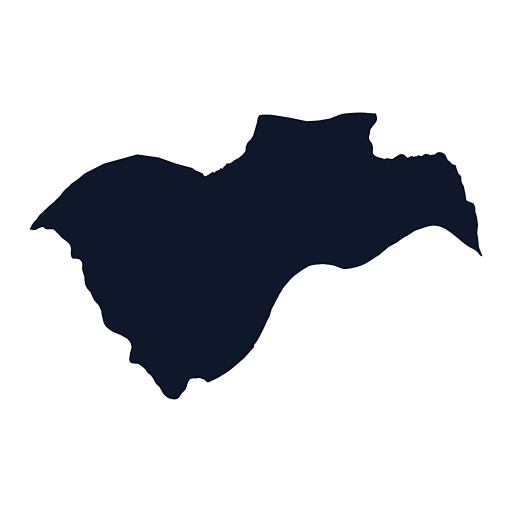 Huoixai, Bokeo, Laos (orthographic projection)
{"feature_id": "54806243B92190499984155", "entity_name": "Huoixai", "entity_type": "district", "adm_level": 2, "iso_a3": "LAO", "parent_name": "Laos", "parent_adm1": "Bokeo", "projection": "orthographic", "projection_center": [100.641, 20.359], "detail": "fine", "context": "isolated", "style": "filled", "palette": "ink", "viewbox_px": 512, "rotation_deg": 0, "n_neighbors": 0, "source": "geoboundaries", "source_scale": "gbopen_adm2", "svg_char_len": 6006}
<svg xmlns="http://www.w3.org/2000/svg" viewBox="0 0 512 512"><path d="M375.4,114.2L370.8,114.0L364.2,113.4L360.1,113.3L356.1,113.4L347.2,114.0L343.3,114.5L340.1,115.3L335.9,117.0L334.0,117.6L330.9,119.0L326.8,119.9L324.0,120.3L322.5,120.6L318.9,121.2L315.0,121.5L311.3,121.7L306.7,122.0L291.0,118.7L276.4,116.3L270.0,115.4L262.6,115.4L259.6,116.0L258.3,118.8L257.5,123.4L253.9,135.8L251.4,139.9L248.4,142.7L247.3,144.8L246.4,147.9L246.2,151.5L243.1,155.3L238.1,159.3L236.9,159.7L234.3,161.2L233.3,162.1L231.3,163.5L229.7,164.1L228.7,164.2L226.9,164.3L226.7,165.2L226.4,165.8L225.2,166.5L224.1,167.6L223.9,168.2L223.4,169.4L222.8,169.7L222.2,169.7L221.8,169.1L221.1,169.1L220.5,169.2L220.3,169.8L219.9,170.5L218.4,171.1L217.3,171.2L216.9,171.7L216.1,172.0L215.6,172.4L215.4,173.3L215.1,173.7L214.4,173.7L213.7,173.3L213.4,173.2L213.1,172.9L212.7,172.7L212.0,173.5L210.6,174.1L209.5,175.1L209.2,175.3L208.3,175.7L207.6,176.0L207.0,176.3L205.9,176.9L205.5,177.1L204.2,176.9L203.4,176.1L202.6,174.9L202.0,174.0L200.7,173.4L199.8,173.0L197.4,172.0L195.3,171.2L191.9,168.7L175.3,164.2L158.5,158.2L137.3,155.2L104.3,164.3L87.4,172.9L84.5,174.5L79.8,178.6L77.0,180.7L72.7,183.6L71.4,184.7L69.0,187.3L66.4,189.4L63.3,192.7L61.3,195.4L60.2,196.9L58.6,198.4L56.7,200.2L53.7,203.2L50.8,205.5L48.9,207.2L47.1,209.0L45.3,210.5L43.7,212.2L40.6,214.9L36.2,220.8L34.2,222.9L33.1,224.5L32.4,225.7L30.7,228.9L31.5,229.1L32.8,229.3L33.9,229.3L35.7,229.1L37.4,228.1L39.0,227.3L41.0,226.5L42.0,226.3L43.0,226.3L43.5,226.4L44.3,226.9L45.8,228.3L46.6,228.5L47.7,228.6L51.2,228.5L53.6,228.7L54.4,228.9L54.7,229.3L55.1,229.9L55.5,230.1L55.9,230.2L56.1,230.7L56.7,231.5L58.7,233.3L59.6,234.3L60.2,234.8L60.8,235.8L61.3,236.3L62.0,236.8L62.7,237.5L64.5,238.9L66.9,240.6L68.2,242.0L69.3,242.8L70.3,244.1L71.1,245.6L71.4,246.9L71.8,248.5L71.8,250.4L71.5,251.8L71.5,253.3L71.8,255.4L72.0,256.4L72.5,257.2L73.0,257.8L73.9,257.9L75.6,257.8L78.3,258.2L79.4,258.6L80.2,259.0L80.7,259.5L81.9,260.9L82.4,261.5L82.9,263.1L83.0,264.5L83.0,266.5L82.8,268.3L83.1,270.2L83.6,272.0L84.3,274.1L85.0,276.1L85.2,278.0L85.2,280.2L85.8,283.6L86.3,285.3L87.6,287.8L89.2,289.8L90.2,290.8L91.3,292.3L91.7,293.5L92.9,295.9L94.3,299.1L95.1,300.3L96.3,301.5L97.1,302.5L98.1,303.5L99.1,304.6L100.0,306.0L100.6,307.6L101.2,308.8L101.9,310.5L102.2,312.0L102.3,313.8L102.9,316.6L103.2,317.6L104.3,322.3L105.4,324.5L106.5,326.0L109.0,328.3L112.2,330.5L113.8,331.4L115.8,332.2L117.6,332.9L121.2,334.4L124.6,336.4L126.3,337.3L128.0,338.3L129.2,339.8L130.6,341.3L131.4,343.0L132.3,346.8L132.0,348.9L131.5,350.7L130.8,353.1L130.5,355.3L129.9,359.1L130.4,361.0L131.4,362.3L131.8,362.3L133.8,362.8L137.8,363.0L139.5,363.7L142.8,366.1L145.2,368.2L145.7,368.6L146.7,369.9L147.4,371.4L149.0,373.0L151.1,374.5L152.3,376.1L153.4,377.5L154.6,379.6L155.9,382.1L156.8,383.5L158.8,385.3L160.4,387.0L161.1,388.4L161.9,389.6L162.8,391.6L163.9,393.3L165.3,394.8L167.9,396.9L169.6,397.7L172.2,398.4L174.3,398.7L176.3,398.4L178.3,397.3L179.6,395.3L181.3,392.8L182.0,392.0L183.8,390.3L184.7,389.3L185.9,386.7L186.3,385.1L186.9,383.0L187.4,381.8L188.1,380.6L189.0,379.4L189.7,378.6L190.8,378.0L191.6,377.9L192.3,377.6L193.4,377.6L195.4,377.7L196.2,377.6L197.0,377.5L197.4,377.3L198.9,377.2L199.9,377.2L201.6,377.9L204.0,378.6L204.8,379.1L205.7,379.9L206.5,380.5L207.5,381.5L208.0,381.7L209.8,380.8L211.5,380.1L214.6,378.6L217.1,377.4L219.1,376.3L221.4,374.8L225.3,372.5L230.0,369.2L236.6,363.7L243.7,357.5L245.0,356.0L247.0,353.9L249.2,351.3L250.6,349.6L251.7,348.5L253.4,346.6L252.5,346.0L253.9,344.0L256.4,340.7L258.6,336.9L260.3,333.6L261.9,330.4L263.6,326.9L265.0,324.0L266.9,319.6L268.9,316.1L269.6,313.5L271.0,308.8L273.4,304.4L275.3,300.4L277.2,297.2L279.1,293.2L280.6,291.1L282.5,287.8L284.2,285.7L287.1,282.1L290.5,278.3L293.3,275.6L296.5,273.2L302.4,269.0L308.4,265.5L312.5,264.3L315.6,263.9L319.1,263.6L322.9,263.3L326.7,263.7L330.2,264.1L333.6,264.7L337.6,266.1L339.9,267.0L343.3,268.2L345.2,268.3L349.6,267.8L351.7,267.4L355.3,266.6L358.4,265.7L361.6,264.6L364.1,263.4L366.9,261.9L376.9,255.5L379.3,254.0L381.0,252.4L384.0,250.0L386.8,247.5L388.7,246.1L391.6,244.5L396.1,242.1L399.3,239.7L403.7,236.7L407.6,234.7L413.7,230.6L417.0,229.2L425.1,226.5L428.2,225.6L432.0,224.9L435.2,224.9L438.6,225.4L441.8,226.4L445.5,228.1L446.8,228.9L451.5,232.2L453.5,233.8L456.2,235.9L459.0,238.1L461.3,240.2L464.6,242.9L467.0,244.5L468.9,246.0L470.6,246.9L473.5,248.3L475.1,249.3L476.9,250.6L478.2,251.8L479.5,253.5L480.8,255.0L481.3,255.2L478.7,248.7L478.1,246.7L477.9,243.3L477.4,239.0L476.4,232.7L477.3,224.9L476.3,217.9L475.3,213.8L474.7,212.6L474.5,207.4L472.9,204.0L466.8,201.6L465.6,200.0L465.2,198.4L464.8,194.4L463.6,189.1L463.2,186.8L461.5,183.6L461.0,182.4L460.5,179.5L460.6,177.8L460.1,176.4L459.2,175.3L457.8,173.9L457.1,172.2L455.5,167.6L455.0,165.8L452.2,165.0L450.5,163.6L449.4,162.2L447.3,160.7L444.4,154.9L442.5,153.6L441.1,153.1L438.7,152.9L437.9,153.1L437.2,153.6L436.5,153.9L436.0,154.7L435.3,155.0L434.6,155.2L434.2,155.8L433.1,155.3L432.1,155.4L431.3,155.9L430.7,156.1L429.8,155.9L428.6,155.2L427.5,154.9L426.8,155.0L425.8,154.6L425.3,155.1L424.3,155.1L423.8,155.6L423.1,156.0L422.9,156.4L422.9,156.9L421.7,156.9L420.7,156.7L420.3,156.6L419.6,156.6L419.0,156.5L418.8,156.1L418.4,156.1L417.8,156.4L417.3,157.4L416.8,157.1L416.3,157.3L415.8,156.9L415.3,157.0L414.9,157.3L414.1,157.9L414.0,158.2L413.9,158.9L413.7,158.9L413.4,158.1L413.1,157.8L412.0,157.4L412.0,157.1L412.1,156.9L410.1,157.2L409.9,157.6L409.6,158.0L408.9,158.1L408.7,158.2L408.2,158.8L407.9,159.0L407.4,158.6L403.5,155.3L402.5,154.9L400.3,155.0L398.4,156.0L393.4,159.3L392.1,159.8L390.1,159.6L388.3,159.1L386.5,159.0L385.0,159.7L383.9,159.9L382.2,159.0L380.6,158.7L377.6,157.9L374.7,156.5L372.5,154.3L372.0,152.9L372.3,148.0L371.9,145.5L371.0,143.4L369.3,141.2L368.4,139.2L368.2,137.4L368.4,135.7L369.0,134.1L369.5,130.2L370.0,128.7L371.3,127.0L372.3,125.4L372.9,124.8L374.6,122.8L375.5,121.5L376.1,120.0L376.3,118.6L376.0,116.5L375.4,114.2Z" fill="#0f172a" stroke="#020617" stroke-width="1.5"/></svg>